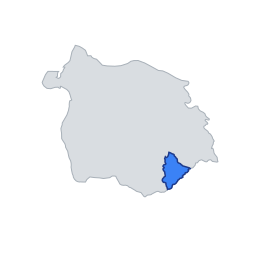 Bihor highlighted on a map of Romania, rotated 199°
{"feature_id": "ROU-277", "entity_name": "Bihor", "entity_type": "County", "adm_level": 1, "iso_a3": "ROU", "parent_name": "Romania", "parent_adm1": "", "projection": "orthographic", "projection_center": [22.195, 46.981], "detail": "fine", "context": "in_parent", "style": "filled", "palette": "blue", "viewbox_px": 256, "rotation_deg": 199, "n_neighbors": 0, "source": "natural_earth", "source_scale": "10m", "svg_char_len": 5395}
<svg xmlns="http://www.w3.org/2000/svg" viewBox="0 0 256 256"><g transform="rotate(199 128 128)"><path d="M193.4,140.3L195.7,143.1L198.5,144.5L205.0,145.6L205.5,145.4L205.5,145.1L205.1,144.7L205.0,144.1L205.2,143.4L206.1,143.3L207.5,143.8L210.2,142.7L213.9,140.0L217.5,139.1L220.9,140.2L222.8,141.7L224.0,143.2L223.9,145.1L223.8,146.3L223.4,151.4L222.9,153.3L222.1,155.5L212.0,158.9L212.5,157.6L212.1,155.6L211.5,154.0L212.4,152.5L210.0,152.2L209.0,153.1L208.4,154.5L209.3,157.6L208.3,159.4L208.0,160.4L208.1,162.7L207.5,163.8L207.5,164.9L209.1,164.5L208.5,166.5L205.7,170.6L204.8,172.9L205.8,181.9L204.8,187.4L204.8,189.0L201.4,189.3L200.4,189.3L197.1,188.7L193.5,187.6L191.2,184.9L189.7,183.1L186.7,184.2L186.1,184.0L185.2,183.1L182.9,182.6L180.1,182.8L173.6,179.5L172.8,179.0L167.9,179.9L160.6,182.1L155.0,184.6L149.3,188.9L147.0,192.0L144.3,193.7L140.4,195.1L133.3,194.9L125.9,193.7L118.0,192.3L113.7,193.3L108.0,192.8L99.2,191.0L92.7,190.5L86.4,191.7L85.3,190.9L85.0,189.9L85.3,188.4L86.2,187.3L87.7,186.4L88.5,185.5L88.6,184.6L86.8,183.2L83.3,181.3L81.8,180.1L81.4,179.8L81.3,178.7L80.6,177.8L79.2,177.2L78.2,176.0L77.4,174.4L77.6,172.8L78.6,171.3L80.0,170.7L81.7,170.9L82.4,170.5L82.1,169.4L80.4,168.1L77.4,166.5L74.4,167.4L71.3,170.8L69.1,171.3L67.7,169.0L65.3,167.7L61.8,167.3L59.7,166.4L58.9,165.1L57.4,164.1L54.0,163.0L54.0,161.9L54.6,161.7L55.7,161.6L57.3,161.4L57.6,160.9L57.6,160.3L56.4,159.6L55.1,159.2L54.5,158.7L54.0,158.2L54.0,157.7L54.3,157.3L54.8,157.3L55.3,157.0L55.6,155.8L56.3,154.8L56.8,154.4L56.8,153.7L56.3,153.0L55.6,152.4L54.6,152.0L51.4,150.9L49.9,149.4L48.9,149.4L47.3,148.5L45.7,147.2L44.3,145.4L42.7,144.2L42.3,143.7L42.3,143.3L42.6,142.8L42.6,142.2L42.2,140.5L42.5,138.6L42.5,136.8L42.5,136.0L42.2,135.8L41.9,136.1L41.5,136.4L41.2,136.4L40.0,135.1L38.6,132.5L37.7,131.6L35.8,130.4L34.2,129.3L33.1,127.1L32.0,125.4L32.8,124.7L37.3,123.9L39.4,124.9L40.4,124.5L41.4,123.8L41.9,123.1L42.0,122.5L42.5,121.7L44.0,121.3L48.1,121.9L49.7,120.7L50.3,120.1L50.7,118.7L51.2,117.6L52.6,117.0L52.6,116.0L52.4,114.8L53.3,112.4L53.8,111.3L54.6,111.0L55.6,110.2L57.3,108.6L57.0,107.2L57.3,106.1L59.1,103.5L60.5,101.1L60.5,99.8L60.7,98.8L61.9,97.6L63.1,96.0L64.8,91.2L65.4,90.4L66.5,89.5L67.3,88.6L67.4,85.4L68.1,84.5L69.6,83.5L71.0,81.8L72.2,79.9L73.1,79.0L74.3,78.7L75.5,78.0L77.0,77.7L78.4,78.0L79.3,77.8L80.6,76.9L84.0,73.3L84.4,72.6L85.1,72.1L87.9,70.8L88.6,69.6L89.5,68.4L90.7,68.5L94.7,71.2L99.0,70.9L99.8,71.0L100.1,71.1L100.6,71.3L106.3,72.5L107.2,72.4L107.4,72.3L109.7,73.3L111.8,73.1L113.7,72.3L115.6,72.0L117.5,72.4L119.0,73.9L122.7,77.1L123.8,78.4L125.5,78.1L127.3,77.4L129.1,75.1L134.7,72.3L139.0,71.5L143.2,70.3L148.1,69.3L149.4,67.2L150.2,65.7L150.6,63.1L153.2,62.2L155.6,61.5L156.5,61.1L158.3,60.9L159.8,61.1L162.0,62.2L163.7,63.8L164.3,65.0L165.8,66.7L167.3,69.2L169.1,72.5L169.5,74.2L170.2,76.0L171.5,78.2L173.9,80.6L174.2,81.0L175.3,82.7L177.5,86.5L179.2,88.0L180.8,89.6L181.5,91.2L182.7,92.7L185.2,94.6L187.2,96.3L189.2,101.6L190.5,104.0L191.3,105.8L191.3,109.7L191.8,111.3L191.2,114.4L190.0,120.5L190.0,125.4L190.4,127.9L190.6,129.6L191.1,130.6L191.7,132.8L191.9,134.7L191.3,135.3L190.5,135.8L190.3,136.2L191.1,137.0L192.2,138.5L193.4,140.3Z" fill="#d9dde1" stroke="#a8b0b8" stroke-width="1"/><path d="M55.9,109.9L56.1,109.5L56.7,109.4L57.1,109.1L57.4,108.6L57.5,108.0L57.0,107.7L56.9,107.6L56.8,107.3L56.9,107.1L57.0,107.0L57.0,106.8L57.5,105.7L57.7,105.2L58.2,104.8L58.9,104.6L59.1,104.4L59.3,104.1L59.3,103.7L59.2,103.4L59.2,103.1L59.2,102.7L59.3,102.6L60.2,101.9L60.4,101.7L60.8,100.3L60.9,100.2L60.7,99.9L60.5,99.7L60.3,99.7L60.2,99.6L60.1,99.4L60.9,98.4L61.3,98.0L62.3,97.4L62.7,97.0L62.8,96.7L62.9,96.2L63.0,96.0L63.2,95.7L63.7,95.3L63.8,95.0L63.9,94.7L63.9,94.4L63.9,94.2L63.9,93.8L64.0,93.5L64.2,93.1L64.3,92.8L64.5,91.8L64.7,91.4L65.4,90.3L65.8,89.9L66.1,89.7L67.0,89.4L67.4,88.6L67.4,87.7L67.2,86.7L67.2,85.8L67.5,85.1L68.1,84.4L69.3,83.5L70.3,83.3L70.4,83.2L70.6,83.1L70.7,82.9L70.8,83.0L71.2,83.6L71.4,84.2L71.6,84.4L71.8,84.7L72.6,85.3L72.9,85.7L73.2,86.3L73.8,87.1L73.9,87.5L74.2,88.1L74.3,88.3L74.5,88.4L74.8,88.5L75.0,88.5L75.2,88.4L75.3,88.4L75.5,88.4L75.8,88.5L76.0,88.4L76.5,88.2L76.9,88.2L77.1,88.3L77.4,88.6L78.0,89.0L78.3,89.2L78.5,89.5L78.6,90.2L78.8,90.7L78.6,91.5L78.5,91.8L78.3,92.1L78.2,92.4L78.1,92.6L78.1,92.9L78.1,93.1L77.9,93.3L77.4,94.1L77.3,94.3L77.1,94.4L77.1,94.8L77.4,95.4L78.2,96.8L78.8,97.9L78.9,98.1L79.0,98.4L79.2,98.6L80.5,99.3L81.2,100.1L81.6,100.6L81.4,101.0L81.0,101.9L80.9,102.2L81.0,102.3L81.1,102.5L82.2,102.9L82.4,103.1L82.5,103.4L82.4,103.9L82.3,104.3L82.2,104.6L82.1,104.8L82.0,105.0L81.8,105.2L81.1,105.5L80.9,105.6L80.7,105.8L80.6,106.1L80.6,106.3L80.6,106.6L80.9,106.9L81.7,107.6L81.9,108.0L82.2,108.6L82.5,110.0L82.7,110.3L82.9,110.5L83.1,110.6L83.3,110.8L83.4,111.1L83.3,111.8L83.3,112.9L83.0,112.7L82.8,112.6L82.6,112.6L82.3,112.6L82.1,112.6L81.8,112.8L81.6,113.1L81.3,113.6L81.1,114.3L81.0,115.0L81.1,116.8L81.4,118.3L80.6,118.4L79.7,118.3L78.1,118.0L76.3,118.0L76.0,117.9L75.7,117.7L75.5,117.4L75.4,117.1L75.3,116.9L75.2,116.7L73.7,116.1L72.7,115.3L72.4,115.1L71.9,115.0L71.5,114.7L71.2,114.3L71.0,113.9L70.5,112.7L70.4,112.4L70.2,112.2L69.8,111.8L69.6,111.6L69.2,111.5L68.7,111.4L66.9,111.3L66.4,111.1L66.1,110.8L65.8,110.6L65.6,110.6L65.2,110.6L64.9,110.5L64.7,110.4L64.5,110.2L64.4,110.1L63.9,110.0L57.2,110.3L56.3,110.1L55.9,109.9Z" fill="#3b82f6" stroke="#1e3a8a" stroke-width="1.5"/></g></svg>